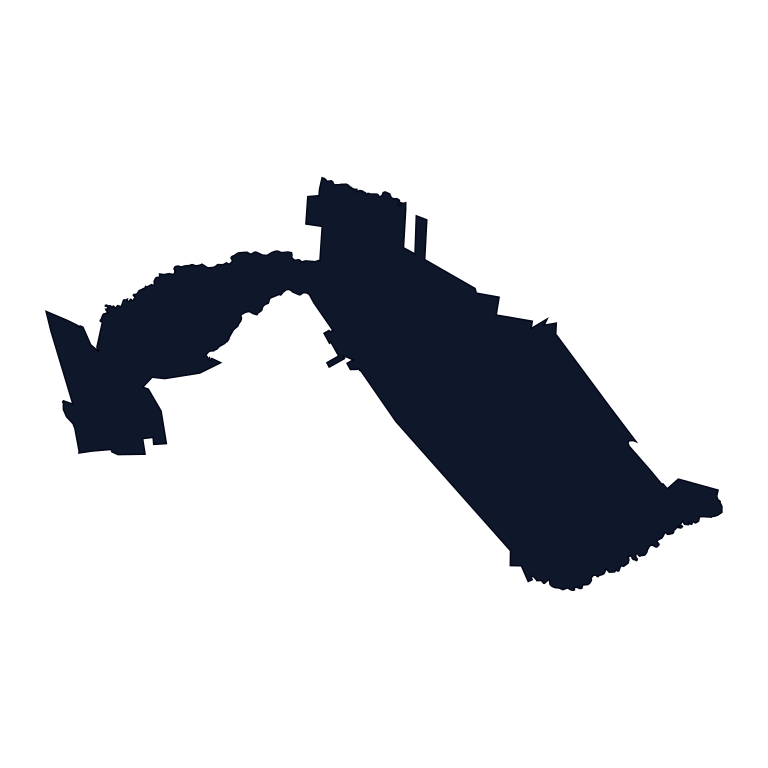 Güémez, Tamaulipas, Mexico (orthographic projection)
{"feature_id": "50627088B77034241213697", "entity_name": "Güémez", "entity_type": "district", "adm_level": 2, "iso_a3": "MEX", "parent_name": "Mexico", "parent_adm1": "Tamaulipas", "projection": "orthographic", "projection_center": [-99.141, 23.887], "detail": "fine", "context": "isolated", "style": "filled", "palette": "ink", "viewbox_px": 768, "rotation_deg": 0, "n_neighbors": 0, "source": "geoboundaries", "source_scale": "gbopen_adm2", "svg_char_len": 6108}
<svg xmlns="http://www.w3.org/2000/svg" viewBox="0 0 768 768"><path d="M63.4,400.8L62.6,402.0L63.3,402.5L63.4,409.6L66.5,416.7L73.1,423.8L74.9,428.6L79.1,451.2L78.9,453.0L91.8,451.1L110.5,449.5L111.3,450.0L111.9,451.8L118.0,454.6L145.1,454.2L142.6,438.6L153.1,437.4L153.7,444.4L166.4,443.6L161.1,411.1L148.3,389.1L142.8,387.2L152.1,377.2L164.8,378.6L199.9,373.0L220.7,362.7L211.8,358.5L211.6,358.5L211.3,360.4L210.1,360.4L209.5,357.7L208.8,358.4L207.8,358.5L207.3,356.8L205.6,355.4L208.0,352.4L209.7,351.1L213.7,350.8L215.2,349.7L216.7,349.2L219.4,346.4L224.3,343.7L226.0,342.1L227.1,341.6L228.8,339.1L229.2,337.3L233.4,329.9L237.9,326.0L238.8,323.6L240.7,321.1L241.5,318.6L240.9,315.6L241.3,314.6L245.6,312.2L249.3,311.5L253.6,313.8L257.0,314.7L257.9,313.1L261.2,310.8L261.8,310.0L262.6,307.0L263.7,305.7L265.0,304.5L268.3,303.2L269.6,299.0L270.2,298.1L278.4,294.7L279.5,294.5L280.8,295.0L283.2,292.0L286.6,289.6L288.9,289.5L290.6,290.1L292.7,292.0L299.3,294.8L300.3,294.8L302.6,293.1L304.0,292.6L307.0,293.0L309.3,294.5L313.9,302.9L332.9,330.4L329.8,331.9L329.0,330.5L324.0,333.3L329.5,343.3L331.0,342.3L338.7,356.0L326.9,362.7L329.2,367.1L344.4,358.6L343.1,356.3L344.2,356.9L346.3,356.8L353.3,359.9L347.0,363.3L350.4,369.5L357.3,369.4L358.7,368.6L359.6,370.3L361.2,371.3L395.9,421.5L510.5,550.7L510.3,565.6L521.4,565.8L528.2,581.5L532.2,579.7L531.2,577.3L532.9,575.9L536.7,580.1L536.7,580.6L541.5,580.6L543.5,583.2L544.5,583.3L548.5,579.6L549.4,580.4L550.1,584.6L551.8,586.2L554.5,587.5L559.6,588.1L562.8,589.7L567.3,588.0L568.1,588.1L570.4,589.7L573.0,590.3L574.5,589.8L574.1,588.0L575.5,587.3L577.3,587.4L579.9,588.6L581.9,588.2L582.4,585.7L583.0,585.0L587.7,584.6L589.4,583.5L590.9,581.4L591.5,579.9L591.0,578.3L593.2,575.4L595.9,575.1L596.9,576.2L597.9,576.7L599.1,575.5L603.0,574.3L604.2,573.4L606.0,569.1L606.4,568.9L609.2,572.2L614.7,571.9L615.6,570.0L617.9,571.1L618.9,570.8L620.2,567.1L621.3,565.8L623.7,566.3L628.0,563.2L628.9,560.1L628.2,556.2L631.5,556.1L632.3,558.5L633.4,559.6L634.4,559.4L636.3,560.6L636.7,560.5L637.2,559.9L637.3,559.1L635.9,557.0L635.7,555.1L636.0,554.1L637.7,553.7L638.7,555.5L639.7,556.2L641.6,555.3L642.5,555.5L644.8,555.0L646.7,552.5L647.6,549.5L648.8,547.3L650.4,545.4L652.5,545.2L656.1,547.1L657.1,546.8L658.6,545.4L659.0,544.5L658.8,543.8L657.1,542.1L657.7,540.2L661.9,537.9L663.3,535.8L664.7,532.7L666.0,532.9L667.3,534.2L668.1,534.4L672.8,533.4L673.7,532.1L673.6,531.1L674.0,530.1L674.9,529.6L677.0,527.3L678.9,526.5L679.1,526.7L678.6,527.6L680.9,528.0L681.1,527.1L682.4,526.9L682.5,526.4L682.0,525.9L679.9,525.2L680.6,524.5L681.8,522.2L683.3,520.8L683.4,522.4L684.5,524.3L688.4,524.7L689.1,523.8L688.2,522.9L688.7,522.3L689.9,523.8L691.4,524.3L691.9,524.0L692.4,522.1L693.2,521.5L693.7,521.5L694.0,522.4L695.3,522.9L697.4,522.0L698.3,521.2L698.7,520.8L699.4,516.8L704.0,516.6L708.0,517.0L708.9,516.6L709.8,517.1L711.3,517.2L712.2,516.5L715.1,516.1L717.9,515.0L721.9,512.3L721.9,506.3L720.0,502.5L720.2,501.5L719.5,500.7L718.0,499.9L716.7,496.3L718.1,490.1L678.3,479.1L667.3,488.8L662.9,483.8L661.9,484.4L650.9,471.1L628.4,445.3L628.6,444.6L628.0,444.0L628.5,441.3L628.9,440.8L633.5,440.6L636.0,441.6L610.1,407.4L560.3,340.2L556.5,335.1L555.7,334.7L556.3,323.1L544.2,325.2L547.1,319.0L531.1,328.6L532.3,321.2L496.2,315.0L499.1,297.2L476.3,293.1L475.1,288.5L424.7,259.6L426.8,219.9L416.3,215.8L415.0,254.0L403.5,247.7L405.7,209.8L405.7,202.7L403.6,203.4L400.6,202.7L400.2,202.9L399.9,205.0L398.6,205.0L398.3,203.5L399.5,201.4L399.4,200.4L398.8,199.7L396.7,198.6L394.3,198.8L392.3,198.4L390.8,196.7L389.7,193.9L385.1,191.9L383.2,192.6L382.1,195.4L380.4,196.6L379.0,196.5L378.0,194.7L376.4,194.1L370.3,194.1L369.1,193.5L367.8,193.4L366.3,195.0L365.6,192.9L364.4,192.2L363.1,192.1L363.1,191.4L361.6,190.8L359.7,190.5L357.6,191.3L357.6,191.9L356.8,191.6L356.9,189.3L354.7,189.4L351.1,187.8L351.2,187.5L349.1,186.5L349.1,185.9L347.8,184.9L346.3,184.2L340.4,184.4L340.3,184.8L335.8,184.7L334.6,185.1L334.0,184.7L332.7,181.9L331.4,180.8L327.2,181.3L326.6,181.0L326.6,180.7L325.3,179.2L324.8,179.4L324.1,178.8L324.2,178.5L322.9,178.6L322.6,178.3L322.7,177.9L322.1,177.7L319.5,189.2L319.0,195.7L307.8,196.6L305.9,224.0L322.2,226.4L319.9,260.8L318.3,260.5L316.0,261.5L314.6,261.6L305.5,260.9L301.5,262.0L300.3,260.5L298.6,259.7L295.1,260.3L293.7,259.6L292.0,257.9L291.7,256.9L292.0,254.9L291.5,252.7L287.9,252.0L282.1,252.6L280.5,252.3L278.2,251.2L275.9,251.1L271.6,252.6L267.6,255.1L266.4,255.4L262.6,255.1L255.9,252.0L254.3,252.3L251.6,253.9L250.2,254.1L247.2,252.3L245.5,252.3L239.1,252.8L237.2,253.4L235.4,254.9L232.0,256.5L231.2,257.3L231.1,258.2L231.4,259.0L232.3,259.4L232.2,261.0L231.8,262.1L229.5,264.0L228.5,264.0L226.6,262.8L223.1,264.7L217.6,264.6L215.3,266.6L213.3,267.4L207.8,267.9L202.0,264.2L199.4,265.3L197.0,265.7L194.8,265.7L193.3,264.8L191.9,264.6L188.3,265.8L187.3,265.6L183.8,266.1L182.5,266.8L181.3,266.9L177.9,266.0L175.6,266.5L174.7,267.2L174.2,268.3L174.0,269.2L174.8,269.9L174.8,272.3L174.6,273.3L173.7,274.1L172.5,274.4L169.0,273.6L164.2,274.6L159.5,274.0L159.7,275.9L159.5,276.7L158.5,277.7L157.4,277.3L156.0,277.8L155.2,278.9L154.1,281.4L154.4,284.3L154.2,285.0L153.2,285.4L151.6,284.6L146.7,287.1L145.6,286.4L144.6,288.6L143.6,288.5L140.2,290.3L139.3,290.4L137.4,293.3L136.3,294.3L133.9,294.5L133.3,295.1L133.4,295.7L135.2,296.9L135.2,297.6L134.3,298.4L133.5,299.9L132.4,300.7L131.6,300.3L131.0,299.3L130.7,299.3L128.8,301.3L127.7,301.6L127.1,300.7L127.4,299.2L125.7,300.1L124.3,299.8L123.5,300.2L121.6,305.7L121.0,306.4L120.2,306.5L118.0,305.6L117.4,305.7L116.8,306.8L115.5,307.9L115.0,307.8L113.5,306.1L113.1,306.2L112.5,307.1L111.9,307.1L110.4,305.8L108.6,306.0L106.4,305.1L105.5,305.3L105.3,306.0L107.1,306.4L107.9,307.8L107.6,308.7L107.2,309.0L105.7,309.2L106.2,310.4L108.0,312.4L108.0,313.0L107.5,313.4L106.5,313.0L105.9,313.5L103.9,313.8L102.7,315.1L101.1,319.5L100.2,320.3L100.3,321.1L101.7,322.0L102.4,322.9L102.0,323.9L96.9,347.3L98.8,351.7L90.7,344.8L83.0,327.3L80.5,326.0L79.0,326.2L79.5,327.4L77.3,326.3L77.5,325.4L67.1,320.3L46.1,311.4L50.9,330.9L72.9,404.2L63.4,400.8Z" fill="#0f172a" stroke="#020617" stroke-width="1.5"/></svg>